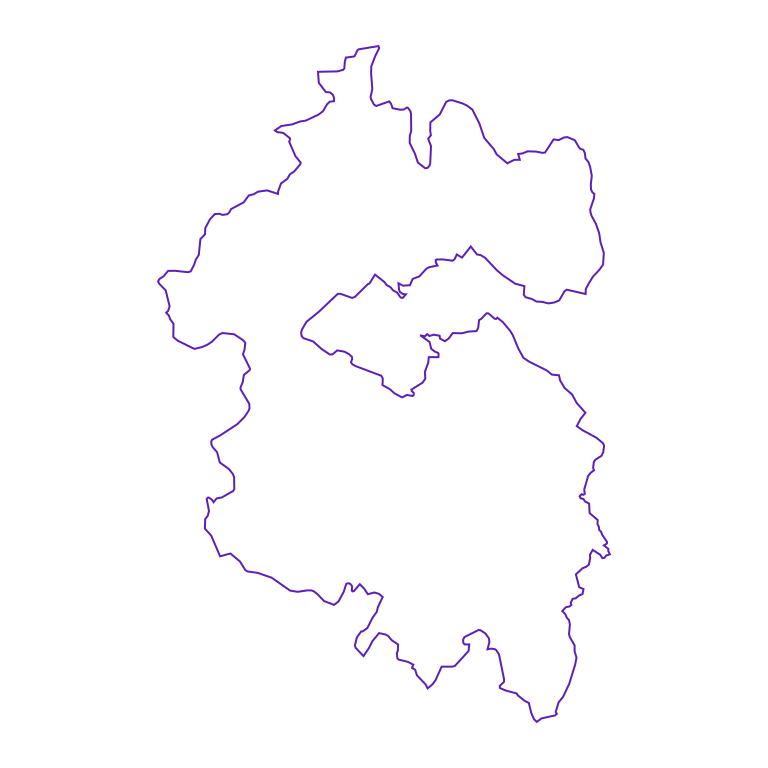 Vi Xuyen, Hà Giang, Vietnam (Robinson projection)
{"feature_id": "81297802B6357673458882", "entity_name": "Vi Xuyen", "entity_type": "district", "adm_level": 2, "iso_a3": "VNM", "parent_name": "Vietnam", "parent_adm1": "Hà Giang", "projection": "robinson", "projection_center": [104.991, 22.763], "detail": "fine", "context": "isolated", "style": "outline", "palette": "violet", "viewbox_px": 768, "rotation_deg": 0, "n_neighbors": 0, "source": "geoboundaries", "source_scale": "gbopen_adm2", "svg_char_len": 6105}
<svg xmlns="http://www.w3.org/2000/svg" viewBox="0 0 768 768"><path d="M497.3,317.7L496.2,318.9L494.6,318.7L488.6,313.5L486.5,313.3L481.2,318.9L479.1,320.0L478.2,327.8L476.5,331.1L468.6,331.6L461.8,333.3L452.7,333.1L448.7,338.5L445.0,341.2L440.0,338.6L439.6,335.7L433.5,334.7L429.5,336.0L427.1,334.1L424.9,336.3L420.2,335.3L429.5,341.9L431.3,348.9L434.8,351.6L438.1,352.9L438.6,353.7L438.4,357.1L428.8,357.1L428.2,362.8L424.9,371.8L425.3,378.7L422.6,382.6L411.4,389.6L411.6,390.8L413.8,393.0L413.6,395.3L412.4,396.0L407.0,394.9L402.2,397.4L394.4,393.3L389.9,389.2L382.5,385.1L382.8,378.6L381.2,375.7L355.3,366.0L352.3,364.2L351.0,362.3L352.2,358.9L351.9,356.8L348.9,354.1L344.6,351.7L337.2,350.4L332.7,354.3L329.8,354.5L321.6,349.0L313.1,341.4L303.5,338.2L301.6,336.1L301.1,332.4L302.1,329.3L306.4,321.9L318.8,311.8L337.8,293.8L340.4,293.8L352.0,297.9L354.7,297.1L367.8,284.2L369.5,283.5L375.0,274.6L384.4,282.0L386.6,285.1L390.4,287.1L393.1,290.4L397.1,292.5L400.1,296.9L401.5,297.9L403.0,297.7L405.9,294.3L402.9,294.0L399.9,292.0L399.0,289.4L398.5,283.3L403.1,285.7L409.9,285.2L412.7,278.9L419.3,276.4L426.4,268.7L429.2,267.2L437.5,265.5L435.9,262.5L435.7,260.0L436.4,259.5L442.7,259.4L452.6,260.7L454.5,259.3L456.8,254.5L462.0,257.6L470.8,246.5L476.9,254.4L480.6,255.1L485.0,257.7L496.9,270.3L503.1,275.5L515.2,283.7L524.4,286.1L523.8,294.6L525.5,297.2L531.9,299.0L536.6,301.6L541.9,301.8L548.4,303.4L554.3,302.5L559.2,300.4L564.6,291.1L566.9,289.7L585.6,294.0L585.8,289.0L589.2,282.7L592.9,276.7L599.2,270.0L603.1,264.6L603.8,252.8L600.5,242.3L599.2,233.2L595.9,223.8L591.5,215.7L590.5,212.4L590.2,209.5L594.0,198.2L594.3,193.9L592.5,192.5L591.0,189.5L590.8,184.4L591.8,175.8L590.1,166.7L588.4,162.0L585.5,158.5L584.9,153.2L583.4,149.9L580.3,148.8L579.0,147.4L574.8,140.2L567.4,137.1L564.0,137.5L558.7,140.1L553.6,139.4L545.1,152.5L542.7,152.9L536.1,151.6L527.7,151.3L522.6,153.4L518.2,154.0L519.8,159.8L514.4,159.8L507.3,163.3L496.6,154.3L493.8,149.1L484.3,138.0L479.3,123.3L472.3,109.5L467.0,105.6L462.7,103.5L452.5,100.3L449.1,100.4L446.2,101.9L439.8,114.4L430.4,122.4L430.2,130.8L430.9,135.2L428.2,138.7L431.0,146.1L430.2,163.4L429.5,165.7L427.5,167.9L425.3,168.3L417.9,162.6L415.0,153.8L409.7,143.0L409.8,135.7L411.2,131.2L411.0,113.7L410.3,111.1L408.1,108.0L407.1,107.5L403.6,109.6L400.1,109.7L392.6,108.2L391.1,103.9L389.3,101.4L376.2,106.0L374.0,104.6L371.0,99.0L370.6,96.9L372.3,88.9L371.1,73.4L371.3,66.3L375.2,56.1L379.2,48.1L378.4,46.1L358.7,49.3L357.5,50.1L354.5,56.4L345.9,57.6L344.8,61.8L344.3,68.5L343.2,69.8L337.4,71.4L318.0,71.8L318.8,82.8L325.8,92.1L329.9,92.4L332.8,94.7L334.1,98.2L334.0,101.2L329.7,101.7L327.0,104.4L323.0,111.2L318.7,114.5L305.8,120.6L300.1,121.5L292.2,124.4L281.4,126.0L274.9,130.4L277.2,132.1L283.3,132.9L289.7,138.1L290.2,139.0L289.2,141.7L295.4,156.1L300.7,162.6L300.3,164.2L294.1,171.6L290.0,174.2L287.3,178.8L281.0,183.5L278.2,191.2L278.0,193.9L267.1,190.4L257.9,191.7L253.8,194.2L248.7,195.5L243.8,202.3L231.0,209.1L229.4,212.3L227.4,214.2L222.7,214.9L219.3,213.8L214.9,214.0L210.1,219.1L205.3,228.0L205.0,234.3L200.4,239.1L198.8,254.8L195.6,260.1L194.2,264.6L190.7,271.4L187.8,272.2L175.2,270.8L168.1,270.9L163.8,276.1L159.4,279.0L158.1,281.4L159.1,283.6L165.7,290.4L169.6,306.3L168.2,310.8L166.2,312.7L168.9,315.6L170.1,319.0L173.5,323.9L173.3,337.0L177.7,340.7L194.4,348.9L202.2,347.0L207.4,344.7L211.9,341.7L219.2,334.5L222.5,333.0L234.2,334.3L243.1,340.2L245.3,342.8L244.6,349.3L243.0,354.3L250.1,368.8L249.5,370.3L243.9,374.9L242.7,382.2L240.5,387.6L240.6,389.3L249.3,403.9L249.5,408.2L248.7,410.6L244.5,417.0L237.3,424.2L219.7,435.7L212.1,439.7L211.2,441.7L211.4,444.4L212.7,447.2L217.1,452.2L219.8,462.5L228.9,469.0L232.9,474.1L234.1,477.1L234.3,488.9L233.2,491.0L221.7,497.5L216.6,498.4L213.6,502.2L212.1,499.9L209.0,497.7L208.1,497.5L206.7,498.9L209.0,511.1L207.7,515.9L205.2,519.1L204.9,528.6L211.2,535.6L220.1,556.3L230.4,553.5L239.9,561.4L245.5,570.3L247.4,571.4L257.7,572.9L271.7,577.7L290.1,590.6L297.6,591.8L307.1,590.4L311.4,590.4L313.8,591.3L317.7,594.4L324.0,601.0L334.1,604.9L338.5,601.4L343.7,591.9L346.2,584.0L347.3,583.4L349.6,583.4L351.6,585.4L352.1,586.7L351.8,590.7L352.6,591.4L354.0,591.0L359.8,584.2L364.1,588.6L367.9,594.2L374.3,592.5L379.1,593.9L382.7,597.0L378.0,606.9L376.7,612.0L372.5,617.8L367.3,628.1L362.7,631.4L361.1,631.5L356.9,637.4L354.9,645.5L355.6,647.8L363.5,656.1L369.2,647.6L372.3,641.3L379.1,633.1L385.5,634.5L388.1,635.9L391.7,640.2L398.1,644.5L397.8,651.0L396.8,653.3L397.4,658.4L398.7,659.6L408.0,661.9L413.3,664.7L412.0,667.8L415.2,669.8L416.9,675.3L425.6,684.4L427.6,688.4L432.2,684.6L435.5,680.3L441.6,666.7L452.0,666.7L454.8,666.0L468.6,651.0L469.2,644.4L464.6,644.4L463.3,642.9L463.1,639.7L464.4,637.1L478.5,630.0L480.6,630.3L485.3,633.4L488.9,638.3L489.4,642.3L487.5,649.3L491.3,648.6L494.6,649.1L496.2,650.0L499.0,654.4L504.1,679.5L503.9,682.0L499.8,685.8L499.9,688.0L505.4,690.4L516.8,693.5L517.6,695.2L524.6,700.8L528.8,702.9L531.4,713.4L534.1,719.3L536.8,721.9L541.5,718.4L555.1,715.4L556.8,713.9L555.7,711.9L558.6,702.4L563.1,696.8L569.2,683.9L575.1,664.8L576.5,657.6L574.6,651.3L574.6,645.4L569.8,637.0L569.0,634.1L569.9,624.5L569.0,620.1L566.7,617.5L565.2,614.0L562.3,611.1L566.0,607.1L569.5,606.5L571.4,604.9L570.7,602.9L572.6,598.9L575.7,598.3L579.2,595.4L582.5,594.1L583.5,589.1L579.2,587.2L575.9,574.4L582.6,568.2L586.2,566.8L588.8,564.7L590.2,558.1L589.9,554.9L592.7,549.9L600.2,554.7L602.4,558.2L604.3,557.8L606.1,555.6L609.9,554.3L608.3,551.1L608.3,548.8L603.9,545.4L606.9,543.5L607.0,541.9L601.9,534.3L601.1,531.8L599.2,529.9L598.9,526.8L597.5,524.3L597.7,520.0L589.6,513.1L589.1,503.5L585.0,501.5L583.5,499.0L580.6,498.2L579.6,496.3L581.5,494.2L583.4,494.8L584.8,493.9L584.2,489.6L588.1,476.1L590.5,472.9L594.0,470.3L593.1,468.0L593.9,461.8L595.5,459.6L601.5,455.8L603.2,452.3L604.1,445.8L603.2,443.4L596.2,437.6L582.7,430.3L576.8,426.2L580.5,419.0L585.4,412.8L576.7,402.9L572.0,394.4L564.7,388.1L560.1,380.4L559.0,375.3L551.9,374.6L546.5,370.3L529.2,361.7L523.4,357.8L518.2,348.3L512.9,335.4L510.2,330.9L503.0,322.2L497.3,317.7Z" fill="none" stroke="#5b21b6" stroke-width="2"/></svg>